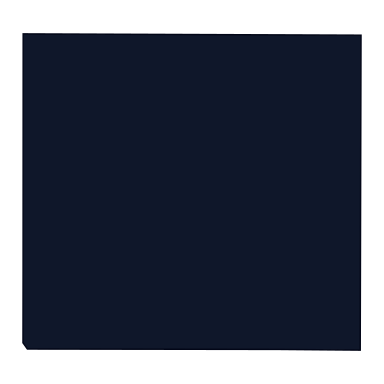 the district of Sanborn, South Dakota, United States of America
{"feature_id": "52423323B21665292033302", "entity_name": "Sanborn", "entity_type": "district", "adm_level": 2, "iso_a3": "USA", "parent_name": "United States of America", "parent_adm1": "South Dakota", "projection": "equal_earth", "projection_center": [-98.09, 44.023], "detail": "fine", "context": "isolated", "style": "filled", "palette": "ink", "viewbox_px": 384, "rotation_deg": 0, "n_neighbors": 0, "source": "geoboundaries", "source_scale": "gbopen_adm2", "svg_char_len": 233}
<svg xmlns="http://www.w3.org/2000/svg" viewBox="0 0 384 384"><path d="M278.7,349.4L360.2,350.1L361.0,35.2L358.0,35.2L23.2,33.9L23.1,269.9L23.0,342.8L27.4,349.0L278.7,349.4Z" fill="#0f172a" stroke="#020617" stroke-width="1.5"/></svg>